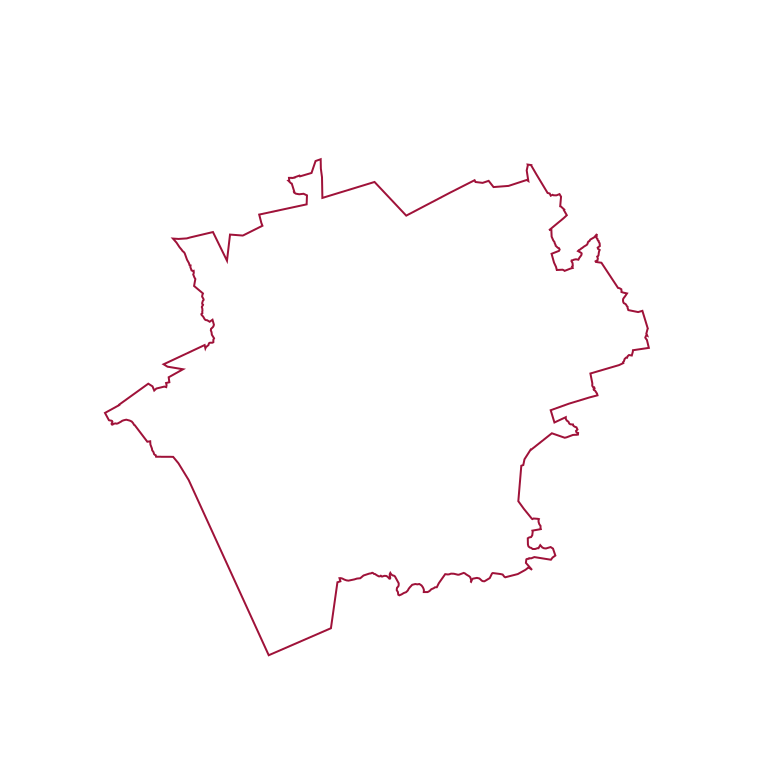 San José de Gracia, Aguascalientes, Mexico (Albers equal-area conic projection), rotated 245°
{"feature_id": "50627088B86600240710870", "entity_name": "San José de Gracia", "entity_type": "district", "adm_level": 2, "iso_a3": "MEX", "parent_name": "Mexico", "parent_adm1": "Aguascalientes", "projection": "albers", "projection_center": [-102.542, 22.143], "detail": "fine", "context": "isolated", "style": "outline", "palette": "rose", "viewbox_px": 768, "rotation_deg": 245, "n_neighbors": 0, "source": "geoboundaries", "source_scale": "gbopen_adm2", "svg_char_len": 6154}
<svg xmlns="http://www.w3.org/2000/svg" viewBox="0 0 768 768"><g transform="rotate(245 384 384)"><path d="M530.4,552.2L529.5,524.8L527.2,475.3L571.1,460.8L578.7,406.8L597.6,415.2L605.9,417.8L614.5,421.6L615.0,416.2L605.9,407.5L607.7,395.6L608.6,395.5L609.1,390.3L608.8,390.3L608.8,390.2L609.5,387.7L609.8,387.6L611.0,385.0L608.4,384.1L608.6,383.3L605.3,384.5L604.6,385.1L595.7,383.9L595.8,383.5L595.4,383.5L593.8,384.5L591.8,387.3L590.4,391.5L587.5,393.9L579.5,389.8L590.3,342.5L581.8,340.9L578.8,340.7L578.2,319.4L577.9,319.0L578.2,319.2L578.2,318.8L584.5,307.6L562.1,293.8L594.0,293.2L598.8,270.0L599.3,266.8L602.3,259.1L605.0,254.2L599.8,255.7L594.4,256.5L591.4,257.3L589.7,257.6L587.7,258.5L586.4,258.6L579.9,258.0L575.9,258.3L573.8,258.0L573.2,258.8L571.8,257.9L568.2,257.6L567.7,258.2L567.1,258.5L567.0,259.3L565.6,258.8L564.5,258.1L563.9,257.4L560.6,257.2L558.9,257.4L553.1,253.3L542.6,258.2L541.3,256.9L540.1,256.1L537.3,256.3L536.5,256.1L535.9,254.9L534.3,253.5L533.5,253.1L532.3,253.5L531.9,253.1L531.1,251.7L530.7,251.4L529.1,251.2L527.3,250.5L526.3,249.8L524.9,249.3L524.5,248.0L523.6,247.9L521.5,248.6L518.9,248.8L517.8,249.1L517.1,249.7L516.5,250.7L514.1,252.3L514.7,255.7L509.6,254.9L508.5,253.9L507.9,253.0L507.1,250.6L505.8,249.7L503.9,249.6L501.4,248.8L497.2,249.3L496.3,248.1L494.0,247.0L493.9,246.1L495.0,243.5L494.9,242.7L494.6,242.3L493.5,241.4L492.6,238.1L491.8,237.2L495.1,237.9L495.0,192.6L491.2,195.1L482.3,208.1L481.1,191.7L476.3,190.2L477.0,186.9L474.9,186.5L473.2,185.3L474.5,183.8L476.1,175.8L475.2,173.0L479.7,173.2L483.9,170.5L477.2,135.2L476.8,135.2L475.7,118.9L467.5,119.4L467.3,119.5L466.0,121.4L465.4,121.9L464.6,121.9L463.9,121.3L463.4,120.5L462.8,120.2L462.2,120.3L461.9,120.9L462.2,121.9L461.8,123.9L461.0,125.0L460.8,126.2L461.0,129.6L461.3,131.2L461.1,132.9L460.6,135.3L458.3,138.1L456.6,139.5L454.4,140.1L452.6,140.2L452.0,140.7L431.7,145.1L430.9,147.9L427.8,146.7L423.6,146.4L421.9,145.9L419.7,146.3L417.5,146.0L416.3,146.6L415.9,147.0L414.4,146.7L407.1,162.1L399.0,164.2L379.4,166.4L186.9,164.9L185.1,232.7L224.0,258.0L223.6,261.1L226.8,261.6L226.3,262.8L225.2,264.1L223.6,265.3L221.9,267.0L220.8,268.7L219.4,274.7L219.1,277.2L218.0,280.4L219.1,284.5L218.4,290.5L217.9,292.1L217.9,293.5L217.2,294.2L216.2,294.6L215.6,295.5L213.5,296.8L211.9,298.0L211.4,299.1L211.6,300.1L210.3,300.8L210.0,303.2L209.1,304.9L207.8,305.8L205.3,306.6L205.1,307.2L205.5,307.7L208.4,308.4L209.3,308.9L210.1,309.9L208.5,310.1L207.0,310.8L206.2,311.9L205.0,312.6L197.2,313.1L195.5,312.3L194.5,311.4L193.9,309.8L192.7,308.9L191.7,308.4L189.7,308.7L187.0,307.9L186.0,308.6L185.9,311.0L186.2,313.5L186.0,316.1L186.8,318.3L188.0,319.9L188.8,321.5L190.1,324.7L189.5,327.8L188.3,329.6L187.8,331.5L186.7,332.2L185.5,332.9L183.3,333.3L181.9,333.3L180.4,333.1L178.6,332.1L177.0,335.6L177.1,337.7L178.0,340.2L177.9,342.7L178.2,344.2L177.5,346.0L180.3,349.5L185.8,359.1L184.5,361.2L184.0,362.5L183.8,364.5L182.6,367.0L179.9,370.4L179.5,371.4L179.1,376.4L178.0,377.4L176.7,378.0L173.7,380.0L172.4,380.5L169.9,380.2L168.8,379.8L168.1,379.2L167.9,379.3L169.7,381.3L170.0,382.4L169.0,386.3L167.4,388.3L164.3,389.6L163.6,390.2L162.8,391.5L162.8,392.3L163.4,397.8L166.6,401.8L166.7,402.7L162.7,409.0L161.2,411.0L158.5,411.6L157.6,412.2L155.2,424.9L155.8,433.7L156.6,437.0L155.7,438.1L153.0,439.6L161.9,437.0L164.9,438.9L165.0,439.8L164.4,441.3L164.8,441.9L163.8,443.7L163.6,447.1L154.2,461.0L155.5,463.5L156.1,466.8L163.4,467.6L165.8,466.1L166.5,461.3L167.5,459.6L168.9,458.4L171.9,457.5L169.9,454.6L170.3,454.0L170.6,451.2L171.6,449.0L173.3,448.1L174.1,447.1L175.7,446.3L177.7,446.6L183.4,449.1L183.6,450.8L183.1,452.6L184.2,454.4L187.2,456.3L188.4,456.5L186.2,464.8L187.3,465.0L189.3,465.9L191.2,465.5L193.7,465.8L195.4,466.6L196.1,467.3L196.7,466.6L198.9,462.7L198.8,461.5L199.3,461.1L211.7,458.0L221.0,456.2L251.9,473.9L251.7,476.0L256.4,479.5L262.5,489.1L262.2,489.2L268.4,515.3L258.9,525.1L258.5,527.1L258.0,533.6L257.3,535.5L256.6,537.0L256.2,538.4L257.6,539.2L258.5,538.2L259.2,538.0L260.3,538.2L261.0,540.1L263.4,540.1L264.6,538.9L265.5,538.3L266.6,537.9L267.4,538.2L268.7,535.9L269.8,535.2L271.9,535.2L273.6,534.2L275.6,534.0L277.1,534.7L277.1,522.2L289.8,524.0L288.0,543.4L285.0,564.5L283.5,572.7L285.2,573.0L288.8,572.5L289.9,571.7L290.8,571.8L291.1,573.0L292.2,573.1L292.8,572.2L294.4,572.0L296.6,573.1L306.3,575.5L301.8,605.0L301.8,609.7L302.7,609.8L303.1,610.9L305.0,612.7L305.6,614.6L305.1,615.5L305.9,616.1L306.4,617.1L306.7,618.3L305.1,620.6L308.0,623.1L309.4,623.9L304.8,639.3L312.8,640.9L314.6,640.5L315.6,640.4L316.7,641.5L317.1,642.3L317.2,642.5L316.6,643.0L317.9,643.1L318.6,642.9L322.6,646.2L322.7,646.5L341.1,649.1L341.8,644.7L347.7,636.7L350.0,636.9L351.0,637.4L352.1,637.0L353.1,637.0L354.4,636.7L356.0,635.5L357.4,635.5L359.1,636.1L360.0,636.7L360.9,638.1L361.4,639.2L363.4,642.5L365.7,639.5L367.0,638.1L368.2,638.7L369.6,639.1L371.2,638.0L372.2,636.7L402.0,632.3L405.1,627.6L405.8,627.6L406.0,629.9L407.5,630.9L409.4,631.1L409.5,632.1L410.0,632.8L412.1,634.1L413.2,634.9L414.3,636.1L416.1,635.1L417.3,635.3L417.8,637.9L420.4,638.9L422.0,638.7L422.9,639.0L423.4,638.6L424.6,638.5L425.1,638.8L425.8,638.5L427.1,638.3L427.7,639.0L428.8,639.5L429.9,640.4L428.1,636.5L427.7,632.0L426.6,630.4L426.8,629.7L426.3,628.7L425.2,627.9L424.4,626.6L424.0,623.1L423.5,621.1L423.5,620.2L423.0,618.8L423.0,617.4L422.5,616.0L419.9,617.9L419.1,618.3L418.5,618.2L417.3,617.2L415.8,614.4L414.5,612.7L415.9,610.7L416.4,608.7L416.4,607.3L416.7,606.3L416.1,605.8L413.9,606.0L411.2,605.0L411.0,604.1L409.4,604.1L409.8,601.9L410.2,595.5L411.0,595.1L412.1,594.2L414.3,588.8L417.4,589.4L422.2,589.4L431.2,590.9L430.7,598.8L431.6,600.0L433.1,600.0L434.0,599.1L436.8,598.0L437.7,598.3L439.3,598.2L440.6,598.5L442.5,598.1L446.7,598.2L453.4,601.0L453.6,598.6L458.5,617.3L459.7,621.0L465.6,620.5L465.9,621.1L470.2,619.3L470.6,618.8L478.9,623.6L481.9,623.3L482.1,620.0L483.4,617.4L484.2,616.8L484.2,614.7L486.6,614.7L488.0,613.0L509.7,610.7L519.6,609.8L520.1,610.1L522.2,606.9L521.3,606.7L517.3,603.6L507.0,600.6L508.6,599.6L510.9,580.6L516.2,566.5L523.9,564.7L524.6,558.4L528.4,552.3L530.4,552.2Z" fill="none" stroke="#9f1239" stroke-width="2"/></g></svg>